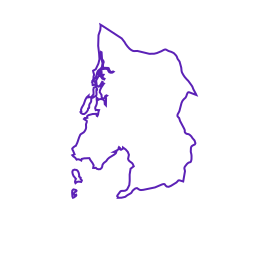 the Province of Kaôh Kong, rotated 29°
{"feature_id": "KHM-1779", "entity_name": "Kaôh Kong", "entity_type": "Province", "adm_level": 1, "iso_a3": "KHM", "parent_name": "Cambodia", "parent_adm1": "", "projection": "orthographic", "projection_center": [103.349, 11.344], "detail": "fine", "context": "isolated", "style": "outline", "palette": "violet", "viewbox_px": 256, "rotation_deg": 29, "n_neighbors": 0, "source": "natural_earth", "source_scale": "10m", "svg_char_len": 5693}
<svg xmlns="http://www.w3.org/2000/svg" viewBox="0 0 256 256"><g transform="rotate(29 128 128)"><path d="M69.7,94.8L71.3,92.3L70.9,86.0L69.7,81.7L66.7,77.0L62.1,70.6L57.2,61.1L56.2,55.6L54.5,51.8L53.8,51.0L55.5,51.0L79.1,52.7L83.3,54.5L85.5,55.8L88.2,57.0L90.9,57.9L92.9,58.2L94.7,58.2L96.0,57.8L98.8,56.1L100.5,55.6L110.6,52.8L114.8,50.4L116.9,48.5L120.0,44.6L121.4,42.4L122.4,41.3L123.3,41.0L126.1,41.0L129.1,40.4L131.8,40.3L134.7,41.2L135.5,41.6L136.3,42.1L137.5,43.2L138.1,43.6L140.7,44.8L141.0,45.0L145.3,49.4L147.1,52.0L147.9,52.9L148.8,53.6L151.1,55.0L152.9,55.9L155.9,57.0L157.7,57.5L159.5,58.3L159.9,58.5L163.1,60.0L164.2,60.6L166.5,62.5L170.6,65.1L171.8,66.0L164.2,67.1L163.7,67.3L163.5,67.5L163.3,67.7L163.2,68.1L163.1,68.8L163.2,69.7L163.3,70.5L163.5,71.3L163.6,72.3L163.6,73.6L162.9,75.7L162.6,77.1L162.5,78.3L162.7,80.3L164.7,88.1L164.8,89.2L164.8,91.1L164.8,92.0L165.0,92.7L165.3,93.3L165.6,93.7L166.0,93.9L167.0,94.3L167.9,94.5L170.1,96.6L177.6,101.5L178.7,102.4L179.5,103.8L179.9,104.2L180.3,104.4L181.8,104.7L182.3,104.6L183.4,104.2L184.3,104.0L185.5,104.1L187.4,104.6L189.3,105.6L192.3,106.7L194.3,108.6L194.4,109.2L194.4,110.0L193.2,111.7L192.5,113.1L192.5,114.0L192.7,114.9L194.3,118.1L194.7,118.7L196.1,120.2L197.1,121.6L198.6,124.4L199.1,125.9L199.3,127.0L199.1,127.6L198.7,128.0L197.9,128.8L197.4,129.7L197.0,130.9L196.6,133.4L196.5,134.6L196.6,135.3L196.9,136.0L197.1,136.3L198.1,137.3L198.8,138.2L202.2,148.0L198.5,148.8L198.1,149.0L197.5,149.4L196.8,152.1L196.7,152.3L193.6,157.8L192.1,159.7L191.6,159.9L190.4,160.4L189.6,160.3L188.7,160.1L188.0,159.7L187.2,159.4L186.7,159.6L186.1,159.9L185.1,160.9L180.4,166.9L171.2,174.8L169.4,176.0L168.6,176.3L167.8,176.4L167.3,176.4L165.0,176.2L164.4,176.7L163.7,177.4L162.9,179.2L162.6,180.1L162.4,180.9L162.4,182.3L162.3,183.2L162.1,183.6L161.8,184.2L160.2,186.8L159.4,188.4L159.3,188.8L159.1,189.3L158.6,189.9L156.0,192.2L153.1,193.9L153.1,193.4L151.7,193.0L151.4,192.3L152.0,187.5L152.3,186.7L153.2,185.9L154.5,185.2L155.8,184.3L156.8,182.8L157.0,181.5L156.8,177.3L155.1,173.4L152.0,167.9L150.0,162.4L151.6,158.7L149.5,157.1L148.5,156.7L145.3,156.3L144.0,155.8L143.0,154.9L141.8,151.0L139.4,149.0L136.3,147.9L133.1,147.5L133.3,147.9L133.3,148.0L133.8,148.2L132.4,150.5L131.6,150.5L131.1,149.7L130.7,149.4L129.4,149.1L129.4,149.7L130.0,151.1L129.3,152.7L127.2,155.8L129.4,154.8L129.6,156.0L128.8,158.0L126.0,163.0L125.3,165.0L125.0,167.5L123.8,170.3L123.6,171.6L123.6,172.7L124.2,174.4L124.3,175.7L123.7,177.4L122.2,178.4L120.5,178.8L119.1,178.4L118.6,178.9L118.1,179.2L116.9,179.8L116.0,177.2L113.7,175.7L111.0,174.5L108.8,173.1L104.4,175.8L102.5,177.5L102.9,179.1L101.4,179.1L100.1,179.3L99.1,179.8L98.4,180.6L96.3,179.6L93.8,179.3L92.5,178.8L94.0,176.9L90.7,174.3L89.9,173.9L89.2,173.0L89.7,171.1L90.6,169.3L91.0,168.9L90.8,165.5L89.8,159.9L89.5,156.9L89.9,155.9L90.6,154.7L91.4,153.2L91.7,151.2L91.6,149.4L91.2,148.0L89.5,145.2L89.3,144.4L89.2,143.5L89.0,142.6L88.5,141.8L87.8,141.6L85.6,141.6L85.1,141.5L85.3,140.3L86.6,139.5L87.5,138.8L86.6,137.7L86.6,137.0L87.4,135.7L90.3,132.9L93.4,131.0L94.8,132.5L95.4,132.5L95.3,130.8L94.3,128.0L94.0,126.4L92.5,127.1L91.8,127.4L91.1,128.0L89.7,126.6L89.3,125.4L89.3,124.0L88.9,121.9L88.2,120.3L86.6,118.0L85.9,116.6L86.8,116.9L87.1,116.9L87.2,117.2L87.4,118.2L88.1,118.2L88.8,117.0L89.9,116.0L91.3,115.4L92.9,115.2L94.4,115.8L96.1,118.4L97.7,118.9L94.3,112.5L93.3,111.4L93.8,110.3L94.0,109.9L93.3,109.9L93.1,110.3L92.6,111.4L93.0,112.3L92.8,113.3L92.1,114.1L91.1,114.4L90.0,113.8L88.8,111.9L85.9,110.4L85.1,108.1L85.0,105.3L85.2,103.1L84.4,103.9L84.8,101.6L85.2,100.8L84.2,100.8L83.6,100.5L83.0,99.3L83.0,103.1L82.8,104.8L82.2,106.1L81.5,106.1L80.3,105.7L78.8,106.1L77.3,106.8L76.3,107.6L74.1,104.5L76.3,103.1L76.8,103.8L78.5,105.4L79.3,105.4L78.9,104.3L77.7,102.8L77.1,101.6L77.1,97.1L78.3,95.9L79.8,96.4L81.6,97.3L83.6,97.1L83.6,96.3L82.3,96.4L81.2,96.1L80.4,95.5L80.0,94.8L80.0,94.1L80.8,94.1L80.8,93.3L79.6,93.8L79.3,94.1L78.5,94.1L78.4,93.2L77.8,91.8L77.1,91.8L77.1,94.1L76.3,93.3L76.3,95.6L75.6,95.6L75.8,92.6L76.4,90.3L77.5,88.6L79.3,87.3L80.4,86.8L81.3,86.6L82.2,86.8L83.3,87.7L84.6,88.3L86.2,88.0L87.5,87.1L88.1,85.8L87.5,85.8L86.5,87.2L85.0,87.1L83.4,86.2L82.2,85.1L81.5,85.1L77.1,87.3L76.5,86.6L75.7,85.3L75.1,83.7L74.9,82.4L74.3,81.5L71.8,80.2L68.2,74.6L67.5,74.6L69.1,78.1L74.3,83.7L75.6,87.3L75.4,89.1L74.1,92.4L74.1,94.1L75.2,98.8L75.1,100.7L74.1,103.1L73.9,101.7L72.9,99.7L72.6,98.2L72.2,97.5L70.3,95.6L69.7,94.8ZM82.9,126.4L83.4,127.7L84.0,128.6L84.2,129.4L83.6,130.2L84.2,131.7L84.1,133.7L83.6,135.7L82.9,137.0L81.5,137.7L79.7,137.7L78.7,137.1L79.2,136.2L78.1,135.0L77.7,132.7L77.8,128.7L77.0,124.0L77.0,121.3L77.8,118.9L78.0,119.4L78.3,119.9L78.5,120.4L79.7,119.4L80.7,119.3L81.6,119.9L82.9,122.7L83.0,123.9L82.8,125.0L82.9,126.4ZM110.9,195.3L111.4,195.7L112.3,195.8L113.1,196.3L113.2,197.9L111.8,198.4L110.5,199.0L109.5,200.0L108.8,201.7L107.8,200.9L107.4,199.6L107.1,198.4L106.9,197.9L107.0,197.7L103.5,196.3L101.9,195.0L100.6,193.4L100.3,191.8L101.3,190.4L103.5,189.6L105.3,190.1L106.8,191.3L108.0,192.7L108.3,193.0L108.5,193.8L108.8,194.2L109.4,194.3L110.1,194.3L110.7,194.4L110.9,195.3ZM82.2,110.6L82.8,111.7L84.0,113.5L84.4,114.4L84.4,115.2L83.9,116.0L82.7,118.3L82.2,118.9L81.1,118.8L81.1,117.7L81.5,115.2L80.5,113.4L79.1,111.3L78.5,109.3L79.9,107.6L81.8,108.7L82.2,109.1L82.5,109.7L82.4,110.2L82.3,110.6L82.2,110.6ZM114.9,211.4L115.1,211.5L115.4,211.9L115.4,212.7L115.0,213.5L114.5,214.7L113.7,215.7L112.6,214.9L110.4,211.5L109.6,209.7L110.0,208.2L111.5,207.7L112.7,207.5L113.3,207.7L113.5,208.5L112.5,210.0L112.4,210.5L112.4,211.1L112.6,211.9L113.1,212.5L113.9,212.5L114.6,211.9L114.9,211.4Z" fill="none" stroke="#5b21b6" stroke-width="2"/></g></svg>